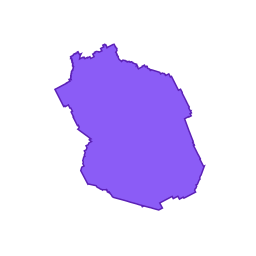 outline of Lockhart, New South Wales, Australia, rotated 234°
{"feature_id": "25037944B87274721652905", "entity_name": "Lockhart", "entity_type": "district", "adm_level": 2, "iso_a3": "AUS", "parent_name": "Australia", "parent_adm1": "New South Wales", "projection": "natural_earth1", "projection_center": [146.896, -35.322], "detail": "fine", "context": "isolated", "style": "filled", "palette": "violet", "viewbox_px": 256, "rotation_deg": 234, "n_neighbors": 0, "source": "geoboundaries", "source_scale": "gbopen_adm2", "svg_char_len": 5285}
<svg xmlns="http://www.w3.org/2000/svg" viewBox="0 0 256 256"><g transform="rotate(234 128 128)"><path d="M88.7,175.4L88.9,175.4L102.2,179.2L101.6,183.6L101.1,183.6L100.7,186.3L103.1,186.6L102.9,188.2L104.1,188.4L104.8,188.6L104.9,188.8L105.0,188.5L108.4,188.9L108.4,189.0L109.0,189.9L111.0,190.1L111.4,190.1L112.4,190.3L112.7,190.4L113.5,190.5L114.2,190.5L114.5,190.7L124.4,192.3L124.9,192.8L128.5,193.3L128.9,191.0L144.2,193.5L144.4,192.3L147.8,192.8L148.3,189.5L148.9,189.6L149.0,189.3L150.4,189.5L150.4,189.4L152.3,188.0L152.6,186.2L154.3,186.4L154.7,186.1L154.8,186.1L161.3,181.2L161.3,180.3L161.8,180.4L161.8,179.9L163.1,180.1L164.1,179.3L164.5,179.4L164.9,179.0L165.3,179.0L165.8,179.2L166.4,179.7L166.8,179.7L167.0,179.5L167.3,178.0L169.2,178.3L169.6,175.9L169.1,175.8L169.4,173.8L169.8,171.2L171.9,171.5L171.8,171.9L174.1,172.3L174.0,171.9L174.5,172.4L176.6,170.9L177.7,170.2L177.9,170.4L178.2,170.4L178.3,170.2L179.0,170.0L179.4,169.9L179.8,169.5L179.9,169.3L179.7,168.9L179.8,168.6L180.1,168.3L180.4,168.1L181.0,168.1L181.1,167.9L181.2,168.0L181.9,166.9L181.8,166.3L182.5,165.9L183.0,166.1L183.6,165.4L184.4,165.3L184.8,164.7L185.9,163.8L185.9,163.2L185.7,162.7L185.9,162.5L185.7,161.8L186.3,161.8L187.4,161.5L188.4,161.2L189.3,161.2L190.1,161.4L190.7,161.5L191.2,161.7L191.6,162.2L192.0,162.2L193.0,161.8L193.7,162.0L193.9,162.5L194.0,162.6L194.7,162.3L194.9,162.4L195.4,162.7L195.9,162.8L196.1,162.8L196.4,162.6L196.6,163.0L196.8,163.3L197.0,164.3L197.4,164.8L197.6,164.8L198.1,165.0L198.6,165.5L198.9,165.8L199.4,165.7L199.8,165.4L200.4,165.5L200.9,165.4L201.0,165.6L201.3,165.8L201.7,165.7L202.0,165.6L202.5,165.7L203.2,165.9L203.9,166.0L204.4,164.8L204.4,164.7L205.2,159.5L205.2,158.1L206.1,158.3L206.1,158.6L208.3,158.9L208.4,158.3L209.4,158.4L209.8,156.3L207.9,156.0L208.4,152.6L205.8,152.2L206.4,149.1L207.0,149.0L207.3,148.8L208.6,147.3L208.9,145.4L208.2,145.3L208.5,142.9L205.6,142.5L206.1,138.8L208.1,139.1L208.5,136.5L209.0,136.6L209.4,133.9L211.0,134.1L211.1,133.1L211.7,133.2L212.3,129.4L214.5,131.7L215.6,133.8L216.0,131.9L219.1,132.4L219.2,132.0L219.3,131.6L219.1,131.4L219.0,131.6L218.9,131.6L218.8,131.2L218.9,130.9L218.8,130.6L218.7,130.5L219.3,129.6L219.2,129.3L218.9,129.2L219.1,128.8L219.4,128.7L219.5,128.4L219.4,127.9L219.6,127.5L219.5,127.3L219.6,127.1L219.5,126.9L219.2,126.7L219.1,126.4L219.0,126.2L219.0,125.8L219.2,125.5L219.1,125.2L219.3,124.7L219.3,124.3L219.3,123.9L219.5,123.6L219.4,123.3L218.9,123.2L218.6,123.2L217.9,123.3L218.0,122.9L217.8,122.4L217.7,122.5L217.5,122.9L217.4,123.0L217.1,122.9L216.7,122.7L216.3,122.9L216.2,122.8L216.2,122.4L215.8,122.1L215.5,122.1L215.4,122.2L215.3,122.4L215.2,122.5L214.9,122.4L214.8,121.8L214.7,121.6L214.3,121.4L214.0,121.5L213.8,121.3L213.5,121.5L213.4,121.7L213.0,121.6L213.0,121.4L212.9,121.3L212.5,121.2L212.4,121.0L212.4,120.8L212.2,120.7L211.8,120.6L211.6,120.4L211.3,120.3L211.3,120.0L211.1,120.0L210.9,120.2L210.7,120.0L210.3,119.8L210.3,119.7L210.0,119.8L209.8,120.0L209.7,120.0L209.7,119.9L209.6,119.6L209.5,119.4L209.0,119.3L208.9,119.1L208.7,118.8L208.4,118.7L208.2,118.4L208.1,118.0L207.9,117.6L207.7,117.7L207.4,117.4L207.5,117.3L207.5,117.1L207.1,116.8L207.1,116.7L207.1,116.3L207.2,116.0L207.1,115.9L206.9,115.6L206.7,115.2L206.2,114.8L205.5,114.7L205.4,114.2L205.3,113.7L205.0,113.5L204.8,113.5L204.6,113.4L204.4,113.2L204.2,112.8L204.0,112.6L203.9,112.5L204.0,112.4L203.9,112.3L203.7,112.3L203.6,112.2L203.4,112.2L203.4,112.4L203.1,112.2L203.1,111.8L203.0,111.7L202.8,111.7L202.6,111.6L202.4,111.5L202.4,111.2L202.1,110.9L201.9,110.3L201.7,110.4L201.1,110.3L200.9,110.6L200.5,110.5L201.4,109.1L201.7,108.8L200.0,108.5L200.6,104.8L200.3,104.8L202.2,91.6L183.2,88.6L183.0,89.8L182.2,89.7L181.7,93.3L178.2,92.7L177.8,93.4L174.2,92.9L174.4,91.4L169.0,90.5L169.1,90.0L159.6,88.5L159.5,89.4L157.6,89.1L157.5,88.9L157.1,88.6L156.9,88.2L156.5,87.0L156.5,86.7L141.0,91.6L141.6,89.7L141.8,89.5L138.5,90.5L138.9,87.6L137.9,86.0L138.3,83.6L138.0,83.6L137.9,83.5L136.1,83.2L134.9,81.4L135.2,79.2L133.2,78.9L131.8,76.7L130.4,76.4L130.6,75.2L128.7,72.9L128.2,72.2L126.9,71.9L126.2,71.3L125.7,70.5L123.1,70.1L123.5,67.6L121.3,64.7L106.0,62.5L105.9,63.1L100.3,68.1L100.1,68.2L99.6,68.3L98.9,68.2L98.5,68.2L97.7,68.5L96.9,69.0L94.8,69.8L93.6,70.6L92.8,70.9L93.0,71.2L91.2,73.6L91.1,73.9L90.7,73.9L90.7,74.5L90.0,74.5L89.6,74.2L89.4,74.0L88.9,74.1L88.6,73.9L88.4,73.8L88.2,74.0L88.4,74.2L88.4,74.3L88.1,74.4L87.7,74.1L87.4,74.2L87.4,74.3L87.6,74.8L87.5,75.2L87.4,75.2L87.0,75.1L86.9,74.7L86.3,74.9L86.2,75.1L85.9,75.2L85.7,75.0L83.9,75.2L81.8,75.0L80.7,75.3L80.2,75.6L74.0,80.6L71.4,82.7L68.8,84.7L67.0,86.0L61.5,90.4L59.7,91.7L56.5,94.3L56.7,93.4L55.9,93.3L55.6,95.0L50.5,99.2L50.3,99.5L50.2,99.6L48.7,100.6L43.6,104.7L43.0,108.8L48.7,109.6L46.7,123.5L44.3,123.1L43.5,128.2L40.2,127.8L39.6,132.0L39.1,132.0L38.9,132.1L38.7,132.0L38.4,132.0L38.0,134.3L36.4,145.0L38.5,145.3L39.4,146.7L39.4,147.5L40.6,149.4L41.9,149.6L41.7,151.1L44.0,154.8L44.1,155.2L44.2,156.0L44.6,156.1L45.1,156.7L45.8,157.0L46.7,158.4L46.8,158.6L46.9,159.3L47.1,159.6L52.4,167.5L52.6,166.6L60.5,167.8L60.5,168.4L64.9,169.1L65.0,169.0L71.4,170.1L71.5,170.1L75.2,170.6L75.0,171.6L76.0,171.8L76.1,171.4L78.2,171.8L78.1,172.5L79.4,172.8L79.4,173.0L80.4,173.2L88.7,175.4Z" fill="#8b5cf6" stroke="#5b21b6" stroke-width="1.5"/></g></svg>